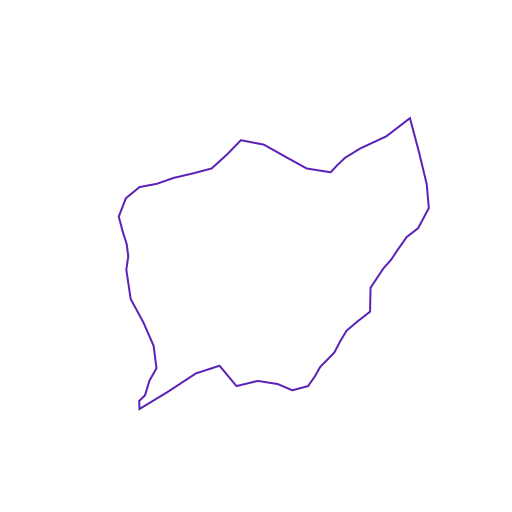 outline of Şəmkir, rotated 22°
{"feature_id": "AZE-1685", "entity_name": "Şəmkir", "entity_type": "District", "adm_level": 1, "iso_a3": "AZE", "parent_name": "Azerbaijan", "parent_adm1": "", "projection": "orthographic", "projection_center": [46.049, 40.847], "detail": "fine", "context": "isolated", "style": "outline", "palette": "violet", "viewbox_px": 512, "rotation_deg": 22, "n_neighbors": 0, "source": "natural_earth", "source_scale": "10m", "svg_char_len": 846}
<svg xmlns="http://www.w3.org/2000/svg" viewBox="0 0 512 512"><g transform="rotate(22 256 256)"><path d="M382.6,264.9L374.9,278.1L367.9,291.4L366.0,303.6L364.8,316.1L361.0,325.4L357.1,334.7L355.6,346.0L353.0,357.1L340.0,366.9L324.1,366.6L304.4,371.2L286.6,383.9L263.3,371.4L244.3,387.3L224.9,415.3L205.3,441.5L202.0,434.2L205.3,426.7L203.9,411.5L205.8,397.4L194.7,377.6L176.6,359.9L155.9,342.8L140.9,317.3L137.7,304.2L131.8,293.6L122.9,282.8L114.0,270.9L113.7,251.2L122.2,235.7L136.9,226.3L150.4,214.4L166.4,203.2L182.1,191.4L191.3,172.3L198.6,154.3L221.7,149.8L245.6,152.9L270.2,155.9L293.9,150.4L297.3,141.4L301.7,131.7L307.0,124.5L312.3,117.3L332.0,96.2L347.1,70.5L367.6,97.8L387.3,125.3L398.3,146.8L395.9,169.5L388.6,182.0L385.1,196.9L382.7,208.7L378.8,219.7L374.1,242.5L382.6,264.9Z" fill="none" stroke="#5b21b6" stroke-width="2"/></g></svg>